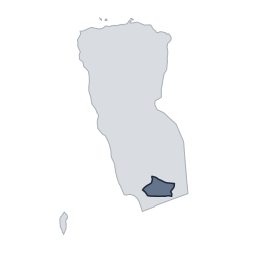 Hat, Al Mahrah, Yemen (highlighted), rotated 93°
{"feature_id": "15242507B17941061209277", "entity_name": "Hat", "entity_type": "district", "adm_level": 2, "iso_a3": "YEM", "parent_name": "Yemen", "parent_adm1": "Al Mahrah", "projection": "orthographic", "projection_center": [51.804, 17.432], "detail": "fine", "context": "in_parent", "style": "filled", "palette": "slate", "viewbox_px": 256, "rotation_deg": 93, "n_neighbors": 0, "source": "geoboundaries", "source_scale": "gbopen_adm2", "svg_char_len": 4282}
<svg xmlns="http://www.w3.org/2000/svg" viewBox="0 0 256 256"><g transform="rotate(93 128 128)"><path d="M210.6,109.3L201.5,112.7L199.1,114.2L196.9,116.1L195.2,118.4L194.1,122.5L195.0,126.2L194.9,128.2L192.5,129.5L190.3,130.5L187.8,131.9L186.3,132.3L185.1,133.4L183.6,134.2L178.5,136.3L172.9,137.9L163.9,139.8L160.4,141.9L157.3,143.3L152.5,143.7L145.9,145.6L142.2,147.2L137.7,149.8L136.6,150.6L135.8,152.5L134.4,154.1L131.6,156.8L129.6,158.2L128.2,158.2L125.5,158.9L122.4,159.0L117.1,158.0L115.7,158.6L114.6,159.7L110.5,161.4L106.3,165.1L103.2,166.0L98.3,167.0L94.8,168.5L92.5,169.1L89.5,169.3L84.0,169.0L78.8,169.4L73.9,170.3L71.6,172.2L69.0,175.3L64.7,176.4L63.7,177.5L62.3,179.8L59.6,180.3L57.1,180.6L54.6,179.5L49.7,182.1L47.9,182.5L45.2,182.5L43.2,183.0L41.8,182.8L40.1,181.6L36.5,180.2L33.8,180.9L33.6,178.2L29.4,169.9L30.6,162.9L30.6,161.9L29.9,158.7L27.3,155.7L27.6,152.1L26.8,149.4L26.2,146.7L26.4,146.0L26.5,145.4L25.3,141.2L24.9,140.3L24.8,139.4L25.2,138.8L25.2,138.0L24.6,136.7L23.9,134.3L20.4,132.2L21.2,130.5L21.9,131.1L22.8,131.7L23.0,130.6L23.1,129.7L21.8,124.3L24.3,117.2L23.9,110.7L27.4,108.3L28.3,107.5L28.8,106.9L29.6,105.4L30.7,105.0L31.2,103.5L31.2,102.7L30.5,102.0L30.1,100.2L30.4,97.9L30.6,97.0L31.0,95.2L32.2,94.6L32.5,94.1L31.7,93.0L31.8,92.3L33.8,90.6L34.7,90.0L36.0,89.5L37.0,89.6L38.1,90.0L39.1,90.5L40.1,91.5L41.1,92.6L42.8,93.1L43.9,93.0L44.8,93.5L45.5,93.3L46.4,92.8L47.8,92.9L49.1,92.3L52.7,92.2L56.1,92.5L59.8,92.1L63.3,92.3L67.0,92.4L67.8,92.5L68.6,92.9L71.6,94.6L73.9,95.1L78.5,95.7L83.5,96.3L87.8,96.8L91.5,96.6L94.5,96.3L95.4,96.4L96.3,97.4L98.0,100.0L99.7,102.4L102.7,102.6L104.7,101.8L106.9,100.6L108.2,99.6L109.8,95.8L110.8,93.3L113.1,90.5L115.1,88.2L117.6,85.1L119.0,83.4L121.8,80.1L124.4,78.8L129.5,76.3L134.4,73.9L137.6,72.3L140.3,71.5L144.9,71.0L150.2,70.3L155.6,69.6L161.3,68.8L167.6,67.9L172.0,67.3L177.5,66.6L182.1,65.9L186.2,65.3L190.4,64.7L191.2,66.6L192.0,68.5L192.8,70.4L193.6,72.3L194.4,74.2L195.2,76.1L196.0,78.0L196.8,79.9L197.6,81.8L198.4,83.7L199.3,85.6L200.1,87.5L200.9,89.4L201.7,91.3L202.5,93.2L203.3,95.1L204.1,96.9L205.4,97.5L206.2,99.3L207.3,101.8L208.4,104.3L209.5,106.8L210.6,109.3ZM223.6,185.2L224.8,185.4L226.5,184.8L231.5,184.6L237.5,186.7L236.4,187.2L235.7,188.0L233.1,188.7L230.4,190.4L222.8,191.3L220.6,190.8L218.8,189.3L215.3,187.3L216.7,186.0L217.0,185.4L217.5,184.8L219.4,183.8L221.3,183.9L223.6,185.2ZM21.8,156.2L21.6,156.6L21.2,156.5L20.1,155.5L21.4,154.4L22.0,155.5L21.8,156.2ZM19.3,130.8L18.7,131.2L18.5,130.5L19.0,128.8L19.6,128.4L19.9,129.6L19.6,130.3L19.3,130.8ZM21.1,161.3L19.8,161.8L20.7,160.3L21.6,160.1L21.8,160.1L21.1,161.3Z" fill="#d9dde1" stroke="#a8b0b8" stroke-width="1"/><path d="M175.0,102.0L175.0,101.9L175.9,101.6L177.3,101.1L177.6,101.0L178.0,101.0L178.7,101.1L179.5,101.2L180.2,101.4L180.6,101.4L180.9,101.5L181.3,101.6L181.5,101.8L181.9,102.0L182.1,102.3L182.5,102.8L183.0,103.6L183.6,104.6L184.7,106.3L185.5,107.2L186.1,107.9L186.8,108.6L187.9,109.5L189.1,110.1L189.2,109.9L189.3,109.9L189.4,109.7L189.5,109.6L189.6,109.4L189.7,109.2L189.8,109.2L189.9,108.9L190.0,108.9L190.1,108.7L190.3,108.5L190.3,108.4L190.5,108.3L190.5,108.2L190.8,107.9L190.9,107.7L191.0,107.6L191.1,107.4L191.3,107.3L191.4,107.2L191.5,107.1L191.8,106.9L192.0,106.8L192.0,106.7L192.3,106.5L192.4,106.4L192.5,106.4L192.6,106.2L192.8,106.1L193.0,105.9L193.3,105.7L193.5,105.6L193.7,105.4L193.8,105.4L193.9,105.2L194.0,105.2L194.3,105.0L194.3,104.9L194.5,104.8L194.7,103.3L194.8,101.7L194.8,100.3L194.7,99.7L194.7,99.3L194.7,97.0L194.6,94.0L194.3,90.4L194.3,89.6L194.2,87.3L193.9,86.1L193.5,84.4L193.5,84.2L193.5,83.9L193.9,80.9L192.9,80.8L191.6,80.8L189.2,82.0L187.2,80.7L185.3,79.4L183.9,78.9L182.8,78.8L181.1,78.8L181.0,79.2L181.0,79.3L181.0,80.8L181.0,81.1L180.9,82.2L180.9,82.3L180.9,82.6L180.9,83.2L180.8,84.3L180.8,85.0L180.7,86.1L180.7,86.3L180.6,86.9L180.6,87.0L180.5,87.5L180.4,87.9L180.2,88.3L180.0,89.0L179.8,89.5L179.5,90.1L179.2,90.8L179.0,91.2L178.9,91.5L178.7,91.9L178.7,92.0L178.5,92.4L178.2,93.1L178.0,94.0L177.8,94.3L177.5,95.1L177.2,95.4L177.0,95.8L176.8,96.0L176.5,96.5L176.2,97.0L176.0,97.5L175.7,98.2L175.6,98.6L175.6,98.8L175.4,99.4L175.4,99.5L175.3,99.8L175.3,100.0L175.2,100.4L175.1,100.8L175.1,101.0L175.1,101.5L175.0,102.0Z" fill="#64748b" stroke="#1e293b" stroke-width="1.5"/></g></svg>